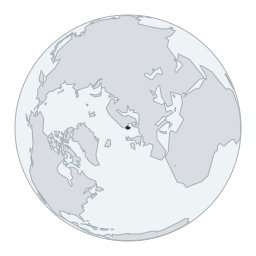 Rogaland on an orthographic globe, rotated 284°
{"feature_id": "NOR-914", "entity_name": "Rogaland", "entity_type": "County", "adm_level": 1, "iso_a3": "NOR", "parent_name": "Norway", "parent_adm1": "", "projection": "orthographic", "projection_center": [5.997, 59.066], "detail": "fine", "context": "on_globe", "style": "filled", "palette": "slate", "viewbox_px": 256, "rotation_deg": 284, "n_neighbors": 0, "source": "natural_earth", "source_scale": "10m", "svg_char_len": 11405}
<svg xmlns="http://www.w3.org/2000/svg" viewBox="0 0 256 256"><g transform="rotate(284 128 128)"><circle cx="128" cy="128" r="113" fill="#eef3f6" stroke="#a8b0b8"/><path d="M15.7,137.3L15.5,134.2L16.4,135.7L17.1,129.3L17.1,126.4L16.4,125.9L17.1,115.3L18.6,109.0L27.2,79.2L29.5,75.0L31.7,72.2L45.7,55.5L34.5,67.1L37.8,62.3L42.6,56.9L42.5,57.7L49.1,52.0L53.6,47.7L62.6,42.8L71.0,42.9L68.1,44.6L70.4,44.6L74.3,42.5L76.3,41.2L89.8,39.7L103.2,35.5L106.1,32.5L106.5,34.6L111.1,27.9L117.5,25.4L111.1,29.4L111.0,30.7L115.8,29.4L116.8,30.5L119.7,30.6L120.4,32.1L116.6,34.5L117.0,35.5L120.4,34.6L123.2,35.6L118.3,36.8L122.8,38.8L117.2,43.7L103.3,46.4L101.0,50.9L88.7,58.9L90.6,59.7L87.1,63.4L88.0,65.8L85.5,66.8L88.4,67.8L90.5,66.5L92.5,66.5L93.3,67.8L90.2,69.2L89.3,68.8L88.8,69.9L86.9,70.1L88.3,70.7L84.4,72.4L89.3,72.7L87.1,75.8L84.2,76.4L83.2,73.7L74.1,69.1L70.9,69.2L67.4,71.8L63.7,82.2L60.7,83.5L57.6,87.2L59.8,87.6L63.0,84.8L66.4,86.6L69.9,83.3L71.8,83.6L76.0,81.3L76.7,84.6L75.2,89.0L71.8,91.0L71.1,93.1L75.4,93.6L70.2,100.0L68.7,108.9L67.2,110.4L62.2,108.6L59.3,102.2L52.9,100.5L58.4,104.6L54.6,108.5L54.5,110.5L55.5,112.1L57.6,111.9L56.5,114.0L50.6,110.5L51.5,108.6L53.3,109.6L52.0,106.7L48.0,104.7L46.3,107.0L42.0,102.2L40.8,103.8L39.2,103.8L41.4,101.4L37.3,105.6L32.0,101.6L26.3,108.9L30.4,99.5L30.9,95.2L31.1,90.8L30.1,91.8L31.6,85.0L30.7,81.5L26.9,84.5L23.7,90.5L22.3,97.5L23.5,97.4L23.4,102.0L20.1,104.2L19.3,113.7L17.5,117.2L16.8,121.9L17.3,125.7L17.5,131.2L18.9,131.9L20.5,135.5L19.3,139.2L21.2,138.7L21.5,143.3L25.5,153.0L24.9,153.1L28.1,165.4L33.5,175.8L34.7,180.3L33.9,180.8L36.2,184.2L36.2,185.2L47.1,198.0L54.1,205.8L54.8,208.9L50.9,208.0L51.7,210.8L51.3,210.5L45.4,204.6L40.0,198.3L35.0,191.6L30.6,184.6L26.7,177.2L23.3,169.6L20.5,161.8L18.3,153.7L16.7,145.6L15.7,137.3ZM24.6,110.5L23.9,123.4L22.7,118.2L23.2,118.7L23.7,115.0L24.1,109.1L23.5,104.9L24.6,110.5ZM27.9,111.4L27.8,109.5L28.1,111.1L27.9,111.4ZM77.1,40.4L74.3,42.4L70.4,43.9L72.6,42.1L77.1,40.4ZM84.6,38.1L83.6,39.2L81.1,38.8L82.4,38.3L84.6,38.1ZM107.9,30.1L105.5,31.1L107.5,29.8L107.9,30.1ZM119.9,30.3L120.3,29.8L121.6,30.1L119.9,30.3ZM75.3,79.7L75.6,80.5L74.6,80.5L75.3,79.7ZM76.7,78.1L75.4,77.5L75.9,76.7L76.7,77.0L76.7,78.1ZM124.0,32.7L126.0,33.4L123.3,33.0L124.0,32.7ZM78.3,79.0L77.0,75.2L77.9,73.7L81.7,73.9L78.3,79.0ZM126.8,34.1L131.7,36.1L133.0,34.9L132.2,39.5L128.3,36.2L124.7,35.9L126.8,35.2L126.8,34.1ZM90.9,65.5L88.7,67.0L89.9,64.5L90.9,65.5ZM91.2,63.9L92.1,56.8L95.8,55.4L94.7,58.0L99.0,55.4L100.3,58.2L98.3,60.3L95.7,60.6L98.2,61.4L91.2,63.9ZM131.0,41.8L131.6,42.7L130.3,42.2L131.0,41.8ZM93.4,66.3L93.3,65.0L96.5,63.6L97.4,66.2L96.0,65.8L93.4,66.3ZM99.4,53.4L101.9,52.9L103.7,55.0L105.0,55.1L100.7,58.1L99.4,53.4ZM95.7,66.7L97.7,67.5L96.9,69.3L93.8,67.6L95.7,66.7ZM96.9,62.3L98.5,61.8L97.9,62.9L96.9,62.3ZM95.0,76.5L94.8,74.8L96.4,73.9L95.0,76.5ZM98.5,67.7L98.8,67.0L99.4,66.5L100.6,67.4L98.5,67.7ZM102.3,59.5L102.5,60.5L104.1,58.3L105.5,59.9L102.4,61.7L104.3,61.6L104.8,62.1L101.8,63.0L102.3,59.5ZM103.6,66.8L100.1,69.7L100.2,73.1L98.8,73.9L98.9,68.4L103.6,66.8ZM102.8,64.5L102.9,66.1L101.1,66.2L99.8,65.2L102.8,64.5ZM107.6,60.4L106.2,57.5L107.0,57.2L107.6,60.4ZM104.0,67.7L104.8,67.0L104.2,67.9L104.0,67.7ZM106.9,62.6L106.3,61.6L107.2,61.3L106.9,62.6ZM107.0,66.5L105.8,67.4L104.9,66.7L107.0,66.5ZM107.2,64.7L108.5,64.5L105.3,65.9L106.8,64.3L107.2,64.7ZM107.8,62.5L108.1,62.0L107.9,63.0L107.8,62.5ZM111.1,68.6L107.2,70.5L105.2,69.0L109.2,67.3L111.1,68.6ZM240.0,116.0L239.6,114.6L239.5,116.2L238.3,111.9L235.7,109.3L236.2,114.9L235.0,112.6L231.5,112.7L231.5,120.9L232.3,137.2L234.4,144.0L233.8,150.3L228.1,147.5L224.3,142.6L223.0,146.3L216.4,146.3L207.3,157.2L205.3,156.3L203.8,159.2L199.1,160.8L195.8,158.9L193.3,161.3L201.8,166.0L204.4,163.3L205.7,157.5L207.6,159.8L212.1,158.8L209.5,171.1L194.9,190.1L192.4,185.5L175.6,175.6L175.5,173.3L175.4,173.1L175.1,172.7L174.7,176.8L171.5,174.2L181.6,183.2L183.8,187.6L194.7,190.6L193.9,192.1L197.1,191.7L206.1,182.6L206.3,184.4L202.8,195.6L189.5,213.3L190.6,217.1L188.7,220.9L179.0,227.3L178.6,228.4L173.4,231.0L172.2,231.6L164.1,234.7L155.7,237.2L147.2,239.0L144.1,239.3L138.6,236.7L142.6,233.7L142.0,231.4L133.5,225.6L135.5,221.2L132.9,219.4L127.8,220.0L124.7,217.7L121.5,217.6L100.9,217.1L94.0,212.5L84.3,198.9L87.6,195.1L87.2,189.0L109.1,170.9L114.9,172.8L133.5,169.5L136.0,170.2L135.1,175.9L150.0,180.1L153.4,174.8L165.6,174.7L173.0,171.5L173.4,160.5L161.3,165.5L158.0,161.2L166.7,152.9L177.0,148.4L176.1,146.7L168.5,145.4L169.8,140.4L165.7,144.6L168.2,145.8L165.7,148.6L163.3,147.6L163.8,145.8L160.4,146.2L158.6,154.9L160.9,157.1L152.6,161.2L155.6,165.4L153.7,168.2L147.9,162.3L147.7,159.6L137.8,153.4L137.3,156.6L146.6,162.7L144.2,162.7L143.6,167.3L142.1,163.7L132.1,156.5L123.8,158.9L115.2,170.1L110.0,170.7L104.8,168.0L106.1,156.6L117.6,156.7L118.2,152.9L114.3,147.2L118.1,147.8L118.0,145.6L122.1,145.3L126.5,139.7L130.5,138.8L130.7,131.8L132.8,130.5L132.1,135.0L133.7,137.7L143.5,135.5L144.9,133.7L144.3,129.3L147.1,129.4L145.2,125.5L150.1,122.2L142.6,123.1L141.6,118.3L143.7,113.8L142.1,112.5L138.6,119.8L138.4,122.7L140.4,124.8L138.8,133.0L135.7,134.9L132.3,127.1L127.7,128.9L127.1,122.3L136.9,106.1L141.7,102.0L152.8,104.8L152.5,108.3L148.4,108.9L153.6,112.5L152.5,110.2L154.8,110.3L154.5,106.1L156.1,106.0L153.0,102.1L155.0,101.5L156.9,104.0L158.1,97.4L161.7,95.3L161.2,93.8L159.6,92.9L165.3,90.9L164.7,90.0L162.6,90.3L159.9,88.6L157.5,85.0L159.6,84.5L160.8,85.7L166.3,87.7L169.1,91.2L169.7,90.6L167.8,87.5L161.0,85.1L159.0,83.1L162.3,83.7L160.9,83.3L160.5,82.1L162.2,80.6L158.6,79.7L151.7,68.4L154.2,64.5L157.9,66.2L155.3,58.4L158.3,55.0L156.3,55.2L153.8,51.8L152.8,52.8L151.7,52.7L144.8,45.1L144.8,43.0L139.6,40.4L138.6,40.5L138.3,41.9L132.2,39.5L133.0,34.9L135.2,34.7L134.2,32.1L139.4,32.2L143.3,31.2L149.6,33.1L152.1,32.3L151.4,31.4L154.2,29.8L162.6,29.9L158.9,33.7L147.0,35.2L152.2,34.8L151.9,36.2L154.3,36.8L157.9,36.6L157.7,35.8L168.1,42.5L178.5,45.5L175.5,41.8L176.4,40.1L185.6,41.3L201.8,52.1L203.3,50.7L205.2,51.5L208.1,54.8L205.3,53.6L205.7,55.7L203.7,54.6L207.4,59.8L204.7,58.5L208.9,63.3L210.4,62.9L208.1,58.7L212.9,63.7L214.2,61.7L217.4,63.7L225.7,75.3L229.4,83.9L230.3,85.3L230.2,87.1L232.4,92.8L234.6,92.9L235.4,94.7L238.0,104.1L237.6,103.0L237.3,107.9L239.0,113.3L239.3,110.8L239.4,111.3L240.0,116.0ZM103.0,181.9L102.7,183.9L103.0,181.9ZM189.1,148.5L194.6,144.6L190.2,140.0L192.0,138.2L189.8,137.4L189.9,139.7L184.4,137.0L186.0,133.2L184.4,130.8L182.5,132.0L180.3,139.5L188.1,143.3L187.7,146.9L189.1,148.5ZM25.6,153.2L26.0,155.1L25.2,153.6L25.6,153.2ZM21.7,118.9L21.9,121.1L21.8,122.7L21.4,121.3L21.7,118.9ZM25.8,136.2L26.5,138.9L25.4,136.8L25.8,136.2ZM24.0,125.3L25.2,134.3L23.2,130.6L22.6,125.0L23.5,128.0L24.0,125.3ZM26.1,112.5L26.0,114.0L25.5,114.3L26.1,112.5ZM28.0,112.6L27.9,112.2L28.3,111.0L28.0,112.6ZM54.9,108.7L55.4,109.1L56.0,111.0L55.0,110.6L54.9,108.7ZM63.5,116.8L61.7,120.0L62.3,117.4L60.4,117.3L59.3,112.0L66.3,110.9L63.4,112.3L63.5,116.8ZM59.8,104.8L59.7,108.1L59.6,104.5L59.8,104.8ZM112.9,134.2L114.8,135.7L113.9,138.3L108.8,139.9L110.0,136.1L112.9,134.2ZM117.7,137.3L115.7,129.4L118.8,128.2L117.4,130.2L119.7,130.2L118.0,133.4L122.9,140.2L122.4,143.1L113.3,144.1L116.5,142.2L114.5,140.7L117.7,137.3ZM105.3,112.7L104.5,109.7L112.2,111.1L112.1,113.8L107.0,115.4L104.2,113.2L105.3,112.7ZM85.3,80.2L84.5,79.3L85.4,78.8L86.7,79.2L85.3,80.2ZM94.8,75.8L89.7,83.9L88.6,83.2L87.0,89.1L83.3,89.5L84.4,85.7L80.4,90.6L79.9,87.3L77.5,90.8L80.4,82.2L79.9,79.6L81.9,82.3L85.4,81.9L86.7,81.0L89.9,76.4L90.4,70.8L93.8,69.7L96.2,70.4L96.6,71.5L94.2,71.9L96.5,73.2L93.4,74.6L94.8,75.8ZM121.6,81.5L118.6,81.0L122.7,84.7L119.6,85.8L120.2,86.1L118.5,88.2L117.5,91.4L115.9,91.5L116.2,92.7L115.0,94.2L114.9,95.9L112.0,96.7L111.7,98.9L110.5,98.0L110.6,101.7L109.2,99.3L107.6,101.1L109.8,102.4L94.5,103.3L89.1,105.8L85.4,109.2L83.5,104.9L85.7,99.1L90.2,93.4L95.6,91.7L93.8,90.2L95.8,89.0L96.4,90.7L96.7,87.4L98.6,86.9L102.6,82.3L101.9,78.0L103.3,76.3L104.5,77.8L105.1,75.1L108.3,76.7L109.4,75.5L113.7,76.0L115.4,79.6L116.5,78.1L119.8,78.5L121.6,81.5ZM112.3,68.9L115.0,72.7L114.6,75.3L107.3,73.3L105.8,74.1L101.1,73.2L101.8,69.5L103.1,70.1L104.5,69.9L103.7,71.1L105.4,69.9L107.2,70.8L109.0,70.1L109.4,71.5L112.3,68.9ZM138.1,167.8L140.0,167.7L142.6,167.0L142.3,170.0L138.1,167.8ZM131.2,163.0L132.7,162.4L133.6,166.2L131.7,166.3L131.2,163.0ZM132.9,159.0L132.8,162.1L131.7,160.5L132.9,159.0ZM133.4,134.3L135.0,133.5L135.4,134.4L134.9,136.1L133.4,134.3ZM133.0,93.3L131.3,92.4L131.6,91.7L129.6,88.3L131.7,87.4L133.8,89.0L133.0,93.3ZM171.8,163.2L170.1,166.0L168.8,165.6L169.6,164.7L171.8,163.2ZM155.8,168.9L159.8,169.1L155.7,169.8L155.8,168.9ZM135.0,91.6L133.9,90.3L135.6,90.6L135.0,91.6ZM133.2,86.5L135.1,86.5L131.7,86.9L133.2,86.5ZM192.2,220.5L190.9,221.4L191.2,221.0L195.3,216.8L200.5,212.4L203.4,209.0L204.2,209.7L195.9,217.9L192.2,220.5ZM240.5,122.7L240.1,123.7L240.1,120.2L240.1,117.5L240.5,122.7ZM234.8,144.1L236.4,145.3L235.9,147.9L234.8,144.1ZM231.4,86.8L232.2,89.5L231.7,88.9L230.3,85.0L231.4,86.8ZM219.9,65.7L222.0,67.7L222.9,68.8L222.2,68.7L219.9,65.7ZM151.7,82.5L152.2,88.2L153.9,91.9L157.1,93.2L152.8,93.9L150.1,88.2L151.7,82.5ZM151.5,70.2L148.7,69.2L149.8,68.1L150.5,68.2L151.5,70.2ZM150.0,70.6L146.8,72.3L145.1,70.8L147.9,69.8L150.0,70.6ZM141.0,81.8L141.0,83.5L139.6,83.2L141.0,81.8ZM227.3,74.9L225.0,71.3L223.8,69.1L226.1,72.7L226.0,72.4L227.3,74.9ZM203.7,47.8L202.6,47.5L200.8,45.6L202.1,46.3L203.7,47.8ZM194.0,39.5L200.0,45.0L204.6,49.7L204.3,48.8L207.4,51.0L206.6,51.7L201.7,47.5L198.6,44.1L195.9,42.8L192.3,40.0L189.7,39.5L187.4,38.1L188.8,37.6L194.0,39.5ZM188.7,39.4L182.8,38.0L180.5,35.1L181.2,34.8L184.9,36.6L185.9,38.0L188.7,39.4ZM180.7,36.9L181.6,38.3L175.0,40.3L173.0,40.0L176.8,36.7L177.9,37.9L180.0,38.0L180.7,36.9ZM132.6,42.2L131.7,42.6L131.9,41.8L132.6,42.2ZM151.2,53.4L149.7,53.0L149.9,52.0L151.2,53.4ZM145.7,51.6L146.5,53.1L144.7,51.7L145.7,51.6ZM148.5,56.3L146.4,53.7L149.6,55.9L148.5,56.3Z" fill="#d9dde1" stroke="#a8b0b8" stroke-width="1"/><path d="M128.4,129.6L128.2,129.5L128.2,129.4L128.0,129.2L127.9,129.1L127.7,129.1L127.6,128.9L127.5,128.7L127.5,128.4L127.5,128.2L127.6,128.3L127.6,128.2L127.7,128.3L127.8,128.3L127.8,128.2L127.9,128.3L128.0,128.3L128.1,128.2L128.6,128.0L128.4,128.1L128.2,128.1L128.0,128.3L128.0,128.2L127.9,128.1L127.9,127.9L128.0,127.9L128.1,127.7L128.3,127.6L128.5,127.5L128.3,127.5L128.2,127.6L128.2,127.4L128.2,127.5L128.1,127.4L128.1,127.5L128.0,127.4L128.2,127.2L128.4,127.0L128.5,127.0L128.3,127.0L128.2,127.1L128.3,127.0L128.3,126.9L128.3,127.0L128.2,127.0L128.1,127.3L127.9,127.4L128.2,127.2L127.9,127.2L127.8,127.3L127.7,127.2L127.7,127.3L127.8,127.3L127.8,127.5L127.8,127.4L127.8,127.5L127.7,127.5L127.6,127.4L127.6,127.5L127.4,127.5L127.4,127.4L127.4,127.5L127.4,127.4L127.2,127.3L127.2,127.2L127.3,127.1L127.5,127.1L127.8,127.0L127.9,126.9L128.0,126.9L128.2,126.7L128.3,126.6L128.5,126.5L128.5,126.4L128.7,126.5L128.8,126.7L129.0,126.6L129.2,126.8L129.0,127.0L128.9,127.2L128.9,127.3L128.8,127.5L129.0,127.7L128.9,127.8L128.8,128.0L128.6,128.2L128.6,128.3L128.5,128.5L128.5,128.8L128.6,129.0L128.7,129.3L128.6,129.5L128.4,129.5L128.4,129.6ZM127.3,127.5L127.3,127.8L127.2,127.8L127.2,127.7L127.2,127.4L127.3,127.4L127.3,127.5L127.3,127.5ZM128.0,127.6L127.9,127.7L128.0,127.6L128.0,127.6ZM127.7,127.9L127.8,127.9L127.8,128.0L127.7,127.9L127.7,127.9ZM127.5,127.7L127.5,127.8L127.4,127.8L127.4,127.7L127.5,127.7L127.5,127.7Z" fill="#64748b" stroke="#1e293b" stroke-width="1.5"/></g></svg>